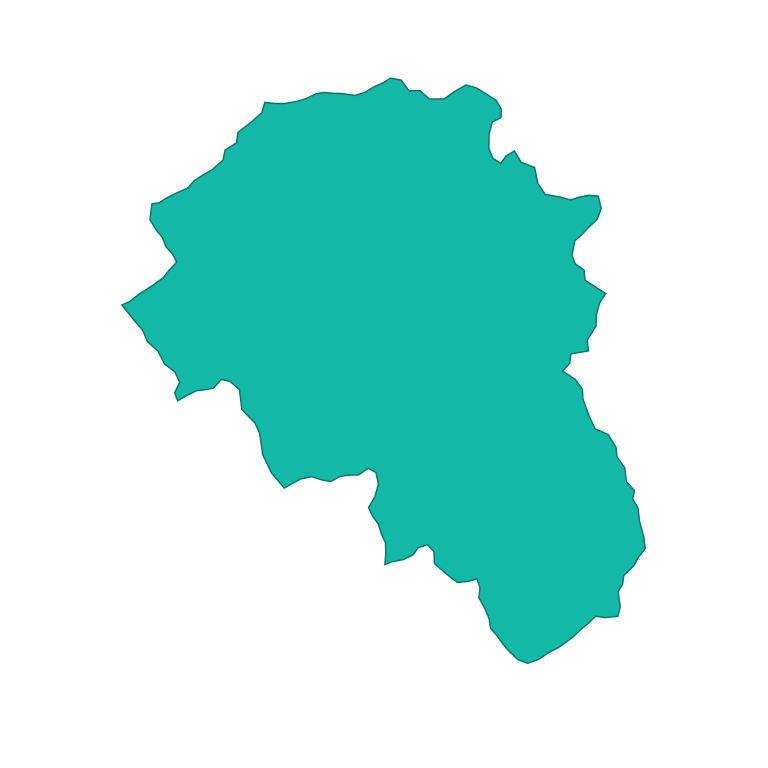 Lagoinha, São Paulo, Brazil (Robinson projection), rotated 350°
{"feature_id": "56859067B91717360167872", "entity_name": "Lagoinha", "entity_type": "district", "adm_level": 2, "iso_a3": "BRA", "parent_name": "Brazil", "parent_adm1": "São Paulo", "projection": "robinson", "projection_center": [-45.208, -23.098], "detail": "fine", "context": "isolated", "style": "filled", "palette": "teal", "viewbox_px": 768, "rotation_deg": 350, "n_neighbors": 0, "source": "geoboundaries", "source_scale": "gbopen_adm2", "svg_char_len": 2386}
<svg xmlns="http://www.w3.org/2000/svg" viewBox="0 0 768 768"><g transform="rotate(350 384 384)"><path d="M283.9,110.8L280.6,120.9L268.1,126.0L264.3,135.7L251.8,143.2L242.0,146.7L232.6,150.8L224.6,157.0L212.7,159.9L201.8,163.2L194.2,166.4L186.7,166.4L182.0,181.6L186.7,193.2L191.3,201.4L193.2,211.1L198.6,219.8L201.0,228.0L192.1,234.6L185.2,240.9L173.0,246.9L159.2,252.6L147.5,258.7L139.6,260.7L143.9,268.6L150.2,280.0L155.6,288.9L158.4,301.1L167.0,312.1L171.4,326.2L180.3,335.9L183.1,346.9L176.3,356.3L177.9,364.7L188.3,360.9L197.8,358.1L206.7,358.5L215.3,358.5L224.6,351.2L232.8,354.8L240.7,364.4L239.6,384.4L244.9,392.4L250.2,400.0L252.9,410.8L252.6,423.1L252.3,432.4L254.7,441.1L257.8,452.3L263.5,461.8L267.7,469.1L285.1,463.1L296.6,462.7L306.8,467.9L314.8,470.8L324.2,467.5L331.9,467.5L343.2,469.1L353.8,464.2L360.7,469.7L361.1,481.6L355.5,493.4L347.3,503.1L349.8,512.1L354.2,521.1L355.5,531.9L357.9,540.7L356.3,551.2L353.5,562.0L360.7,560.5L372.9,560.2L383.1,557.2L389.1,551.2L398.9,549.7L404.1,557.8L402.5,569.5L412.8,582.4L421.7,592.1L432.3,593.0L441.6,592.1L443.2,601.1L440.4,611.0L444.5,623.3L446.8,633.6L446.5,642.9L451.3,651.0L455.9,660.5L460.1,667.9L468.0,678.7L476.9,684.0L488.6,682.0L498.7,677.4L510.6,673.6L526.0,666.1L535.0,660.0L542.6,655.8L552.1,649.5L561.7,652.5L573.9,653.4L578.0,644.4L578.5,629.0L584.2,622.7L586.9,614.3L598.3,606.4L604.0,599.3L612.6,591.4L613.3,580.0L611.8,563.8L612.6,549.9L608.9,540.3L612.2,532.5L605.8,522.4L606.5,508.2L600.8,496.1L601.5,486.6L595.9,472.6L584.2,464.9L580.4,451.0L577.3,433.4L578.4,423.6L573.2,412.8L562.2,402.4L570.6,395.7L573.2,386.8L582.8,386.8L591.0,386.9L591.8,375.9L602.8,363.8L605.3,352.1L610.8,341.1L618.0,333.5L607.7,323.8L599.9,316.7L600.9,306.7L593.1,298.7L591.5,289.9L596.8,276.1L605.6,270.6L612.3,265.5L622.7,258.7L628.4,248.8L627.6,236.1L618.3,233.7L608.2,233.9L599.6,235.2L590.3,230.6L575.7,225.3L570.3,213.2L569.9,197.0L557.7,189.5L552.9,177.2L543.6,180.7L537.4,187.1L530.4,180.7L528.1,170.2L530.9,156.1L536.1,144.7L545.5,142.0L547.2,133.5L543.6,124.0L535.0,116.1L526.5,108.6L516.8,103.8L504.6,108.0L492.8,113.7L478.2,111.3L470.4,101.4L459.5,99.6L453.8,87.8L443.7,84.0L435.1,87.3L425.3,89.7L416.0,93.5L405.4,94.8L392.7,90.6L383.8,88.7L375.0,86.4L367.5,86.4L357.4,89.3L347.6,90.6L335.5,90.6L324.9,88.7L315.6,86.0L310.7,95.7L298.5,103.2L283.9,110.8Z" fill="#14b8a6" stroke="#0f766e" stroke-width="1.5"/></g></svg>